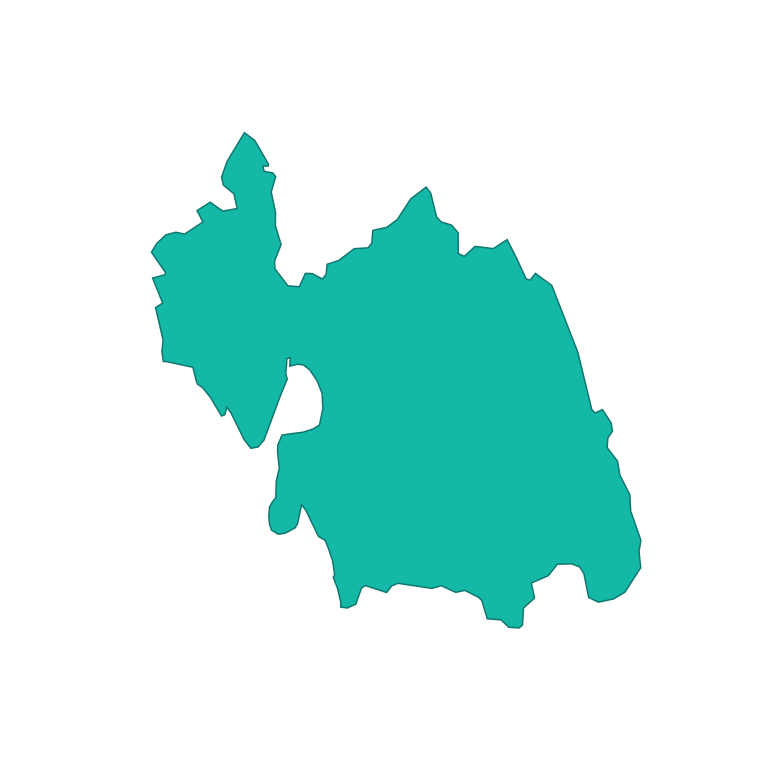 SVG path tracing the border of Hampshire, rotated 68°
{"feature_id": "GBR-2035", "entity_name": "Hampshire", "entity_type": "Administrative County", "adm_level": 1, "iso_a3": "GBR", "parent_name": "United Kingdom", "parent_adm1": "", "projection": "natural_earth1", "projection_center": [-1.337, 51.048], "detail": "fine", "context": "isolated", "style": "filled", "palette": "teal", "viewbox_px": 768, "rotation_deg": 68, "n_neighbors": 0, "source": "natural_earth", "source_scale": "10m", "svg_char_len": 2257}
<svg xmlns="http://www.w3.org/2000/svg" viewBox="0 0 768 768"><g transform="rotate(68 384 384)"><path d="M574.6,507.8L570.2,505.8L555.5,503.6L544.2,503.5L542.5,501.3L528.7,497.9L515.5,497.1L507.0,497.1L500.7,501.9L471.9,503.8L465.0,505.6L481.3,516.6L484.1,520.4L485.3,532.0L483.6,538.4L477.4,543.0L471.3,542.7L462.8,540.1L455.2,536.2L452.0,532.4L448.8,526.9L433.8,520.3L422.7,512.6L407.4,508.2L401.2,505.6L393.1,497.7L395.1,489.5L398.4,476.9L399.1,466.8L397.8,459.2L384.0,450.0L369.5,444.9L355.7,444.9L343.2,447.5L336.0,451.7L333.3,456.7L332.2,464.7L324.2,461.1L324.2,464.8L328.8,466.7L337.5,471.2L343.2,471.9L354.7,483.2L391.1,516.3L395.2,524.4L393.8,531.5L383.2,534.5L353.3,536.7L346.4,538.6L349.8,540.7L352.8,543.0L352.8,546.7L331.6,549.9L319.6,553.5L314.3,556.9L312.2,557.1L296.9,554.9L281.7,577.4L280.7,579.9L279.9,580.0L270.7,577.8L260.8,572.4L228.8,567.4L227.7,567.4L226.0,558.9L199.1,558.9L200.6,546.3L198.8,544.8L174.7,550.3L168.6,542.1L164.0,530.3L165.3,520.2L170.3,512.8L165.9,491.2L153.2,492.4L150.3,477.1L163.3,468.7L166.3,454.4L151.4,451.9L139.5,458.4L131.4,457.2L118.6,445.8L98.7,419.3L109.8,412.6L136.6,408.8L138.5,409.8L136.7,414.6L141.8,415.5L146.7,408.0L151.2,406.8L163.7,416.6L184.2,420.3L196.4,425.4L216.2,427.2L228.9,439.3L236.2,442.0L257.0,436.3L262.1,426.1L252.0,415.5L254.7,409.2L263.5,401.9L260.7,396.6L251.7,391.9L252.5,380.0L247.4,360.9L251.8,347.7L248.6,342.4L237.4,336.9L239.8,322.9L236.5,310.1L222.4,289.9L217.2,271.2L224.6,269.2L249.0,272.7L255.3,270.1L262.1,261.8L271.6,258.6L290.8,266.3L295.7,261.8L290.5,248.0L299.4,232.0L296.3,215.8L314.8,214.1L339.9,212.8L342.4,209.5L338.2,202.2L355.5,191.5L427.2,192.4L485.5,200.9L489.9,199.2L489.6,191.0L505.2,188.0L513.3,189.8L517.9,196.6L526.5,200.9L543.0,196.4L556.8,199.4L578.9,197.6L594.2,202.9L609.8,203.6L625.2,204.4L634.8,210.3L650.5,214.8L667.2,238.5L669.3,251.5L666.6,266.9L658.6,274.2L634.8,269.7L626.9,271.1L621.0,277.5L616.0,290.7L623.2,303.3L623.7,321.9L638.9,324.7L644.0,338.6L659.4,345.9L660.8,350.2L656.3,359.4L646.5,363.9L640.4,376.2L621.5,374.4L617.3,376.2L605.7,386.3L604.0,395.6L592.5,406.4L591.5,416.1L574.0,445.8L574.1,452.4L578.3,459.7L563.9,476.8L564.8,481.3L577.6,492.7L578.0,501.8L574.6,507.8Z" fill="#14b8a6" stroke="#0f766e" stroke-width="1.5"/></g></svg>